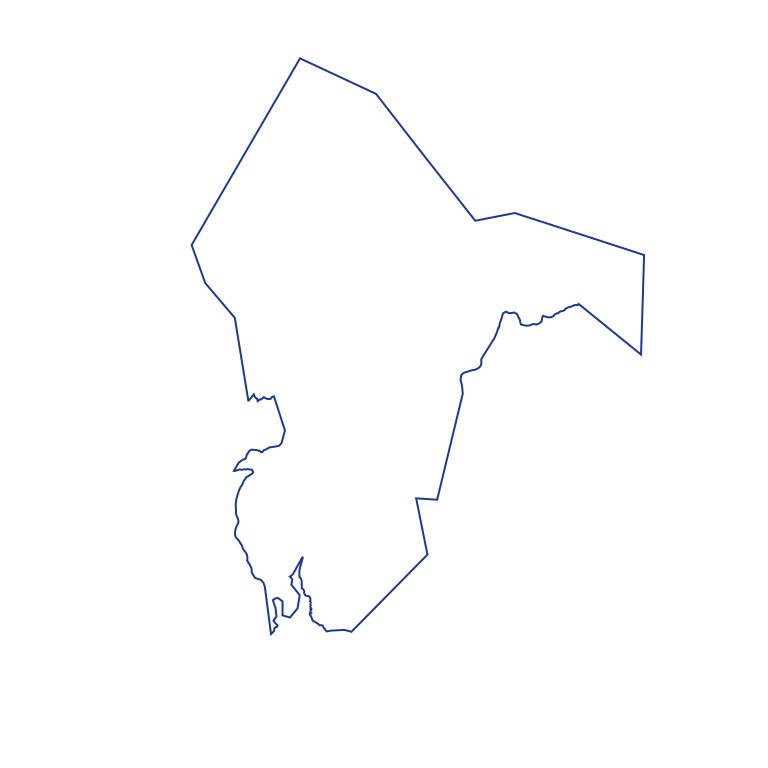 the district of Calihualá, Oaxaca, Mexico, rotated 201°
{"feature_id": "50627088B89954579529198", "entity_name": "Calihualá", "entity_type": "district", "adm_level": 2, "iso_a3": "MEX", "parent_name": "Mexico", "parent_adm1": "Oaxaca", "projection": "equal_earth", "projection_center": [-98.262, 17.554], "detail": "fine", "context": "isolated", "style": "outline", "palette": "blue", "viewbox_px": 768, "rotation_deg": 201, "n_neighbors": 0, "source": "geoboundaries", "source_scale": "gbopen_adm2", "svg_char_len": 3514}
<svg xmlns="http://www.w3.org/2000/svg" viewBox="0 0 768 768"><g transform="rotate(201 384 384)"><path d="M579.1,657.9L613.4,444.8L587.1,414.2L547.0,392.3L504.3,319.1L504.5,319.6L501.8,327.7L500.1,325.8L498.4,324.9L497.1,324.7L495.8,322.7L494.2,325.3L493.3,325.5L491.5,328.6L487.7,328.2L485.1,329.0L484.5,329.7L484.0,331.6L483.4,332.2L482.5,332.7L482.3,333.0L459.8,305.1L458.5,292.1L459.6,289.0L461.9,287.4L465.0,285.5L468.3,283.7L470.4,280.9L472.5,279.1L473.1,277.3L473.6,276.4L474.5,276.4L475.9,277.0L478.4,276.8L482.0,275.9L484.5,275.0L485.7,273.3L486.7,268.7L486.4,265.0L486.8,264.0L488.6,262.9L491.4,258.6L492.7,251.5L493.0,249.1L492.3,249.2L489.9,251.1L487.9,252.7L486.1,252.8L485.1,253.5L483.8,254.4L482.2,254.8L480.8,255.7L476.4,256.6L475.6,255.8L474.5,254.7L474.8,253.3L476.1,251.5L477.9,249.0L479.0,247.9L480.0,244.1L480.3,242.1L480.3,238.8L481.0,236.6L481.2,232.8L481.1,229.7L480.6,223.8L479.8,220.2L478.7,216.8L477.4,214.3L475.6,209.7L474.0,207.8L472.4,206.2L470.8,204.0L470.3,202.1L470.4,200.7L470.7,196.6L470.4,194.1L469.5,190.9L468.2,188.6L467.0,187.6L465.3,186.8L463.1,185.6L461.7,184.4L459.2,182.6L456.7,179.7L452.4,176.9L450.8,175.5L448.9,172.1L448.6,170.2L444.6,167.2L441.6,164.4L439.9,160.5L438.2,159.3L434.8,156.7L432.6,156.8L428.6,157.0L425.3,155.2L422.5,151.9L399.9,110.1L398.2,113.8L398.8,117.3L396.9,118.9L396.9,120.6L399.2,121.5L402.4,123.5L401.1,128.5L405.2,136.4L407.8,139.3L410.3,142.5L408.3,145.2L406.0,146.2L400.8,144.7L395.8,131.6L388.1,132.3L384.3,143.5L387.0,156.7L397.2,162.6L398.6,163.4L399.2,167.5L399.6,168.5L399.9,168.9L400.7,169.4L402.9,170.5L401.9,171.6L400.8,173.9L400.6,175.4L399.2,185.6L398.6,189.1L398.6,189.5L398.4,190.9L398.2,192.2L397.7,193.6L396.8,184.4L396.1,179.3L394.7,175.9L393.7,173.4L393.1,173.4L391.8,172.6L390.2,170.5L388.9,167.0L388.3,166.1L387.5,163.8L385.7,163.3L384.3,162.2L383.7,160.2L381.8,158.6L380.7,158.4L377.9,158.9L376.7,158.4L376.4,157.7L375.8,157.3L375.3,155.9L375.2,154.7L374.6,154.6L374.2,153.7L374.0,153.1L373.8,151.9L373.1,151.1L373.0,149.6L372.1,148.8L371.2,148.0L371.9,147.4L371.1,146.8L371.2,143.8L369.9,143.9L370.4,141.9L368.7,140.8L365.6,137.3L363.9,137.3L361.7,136.9L359.6,136.5L357.5,135.7L355.5,136.5L354.3,136.2L353.2,135.0L348.9,132.5L347.3,133.4L345.2,134.7L333.7,139.9L331.6,140.4L325.6,141.0L288.4,226.3L282.3,240.3L313.0,288.8L292.9,295.0L299.5,345.6L307.0,403.1L309.3,407.9L311.1,411.2L313.9,415.0L315.1,419.9L314.2,421.9L313.0,423.5L311.0,425.0L308.9,426.7L306.4,428.6L304.3,429.8L301.7,432.4L300.3,435.3L300.6,438.5L302.0,441.7L302.0,441.9L301.3,446.5L300.3,451.7L299.3,456.6L298.2,462.3L297.4,466.2L297.2,470.6L297.2,473.9L297.4,477.4L297.0,477.4L297.0,479.1L297.4,481.2L297.6,481.6L297.7,485.8L297.8,487.9L298.1,491.0L298.2,492.6L296.0,495.3L294.6,495.1L292.2,495.0L290.8,495.7L288.3,497.3L285.2,497.1L283.1,495.5L281.9,494.0L280.1,492.6L278.6,490.0L277.6,488.7L272.7,489.2L270.8,490.0L268.7,491.1L266.8,493.1L265.1,493.9L263.4,493.9L261.4,495.6L259.4,498.4L259.5,500.3L260.1,502.6L260.0,504.5L257.5,504.8L255.6,504.8L254.1,505.4L252.5,505.8L250.2,507.9L249.7,509.9L247.8,512.1L246.6,512.7L246.1,514.0L244.7,515.4L243.3,516.4L242.2,517.2L241.4,519.4L239.4,521.7L236.9,523.4L234.7,525.7L233.5,526.3L231.5,527.1L231.0,528.5L154.6,503.6L174.1,559.6L178.3,571.5L179.7,575.6L181.9,582.0L183.8,587.3L186.1,593.9L187.4,597.6L191.1,597.4L304.6,591.5L312.6,591.0L321.9,590.6L323.2,590.5L323.6,590.2L336.3,582.3L357.3,569.1L428.6,611.6L441.5,619.4L495.4,652.0L579.1,657.9Z" fill="none" stroke="#1e3a8a" stroke-width="2"/></g></svg>